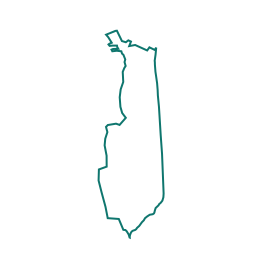 the district of Karakul, Bukhoro, Uzbekistan, rotated 231°
{"feature_id": "79887680B39876155507460", "entity_name": "Karakul", "entity_type": "district", "adm_level": 2, "iso_a3": "UZB", "parent_name": "Uzbekistan", "parent_adm1": "Bukhoro", "projection": "albers", "projection_center": [63.154, 39.851], "detail": "fine", "context": "isolated", "style": "outline", "palette": "teal", "viewbox_px": 256, "rotation_deg": 231, "n_neighbors": 0, "source": "geoboundaries", "source_scale": "gbopen_adm2", "svg_char_len": 1325}
<svg xmlns="http://www.w3.org/2000/svg" viewBox="0 0 256 256"><g transform="rotate(231 128 128)"><path d="M70.7,55.5L63.1,63.6L51.8,60.3L50.3,61.8L48.6,62.0L44.8,61.5L41.9,60.3L41.7,60.4L42.4,60.9L43.4,62.0L44.5,63.8L45.0,65.0L45.2,65.9L45.1,67.2L44.3,69.3L44.2,70.6L44.7,72.3L44.8,74.9L45.0,75.8L46.0,79.4L46.3,82.2L47.2,84.4L47.2,87.3L46.9,90.3L45.4,93.0L45.3,94.4L45.7,95.3L46.8,96.7L48.4,99.1L48.7,103.0L49.3,104.6L49.2,105.8L49.6,107.8L49.9,109.0L51.9,111.9L54.6,114.4L86.5,138.2L102.0,149.0L125.0,165.4L134.5,171.7L138.8,174.9L144.5,178.8L151.0,182.7L154.4,184.7L160.2,188.7L162.4,190.4L163.4,191.0L167.6,195.5L167.9,195.8L172.7,200.5L171.9,197.9L177.2,195.4L176.2,191.7L188.0,185.8L190.9,180.5L193.3,184.7L195.9,183.4L196.0,180.3L199.4,178.0L210.6,180.6L211.4,179.3L214.3,169.7L211.1,169.8L204.5,169.0L205.2,166.6L205.2,165.4L203.4,165.4L201.8,167.8L199.0,171.3L197.7,170.6L195.7,170.3L198.8,166.1L199.3,164.5L197.5,164.1L195.1,167.9L191.8,171.1L189.6,170.2L187.7,170.5L183.0,169.0L181.4,166.8L177.7,165.2L176.9,162.8L174.9,159.2L166.8,153.3L162.6,146.6L157.1,140.9L149.2,135.4L143.3,132.9L137.3,132.7L135.7,123.4L138.9,121.4L143.0,114.2L142.7,111.6L137.8,109.4L134.0,103.6L129.2,98.9L119.9,93.9L111.4,87.1L114.1,79.3L105.7,72.1L94.9,67.1L80.9,60.9L70.7,55.5Z" fill="none" stroke="#0f766e" stroke-width="2"/></g></svg>